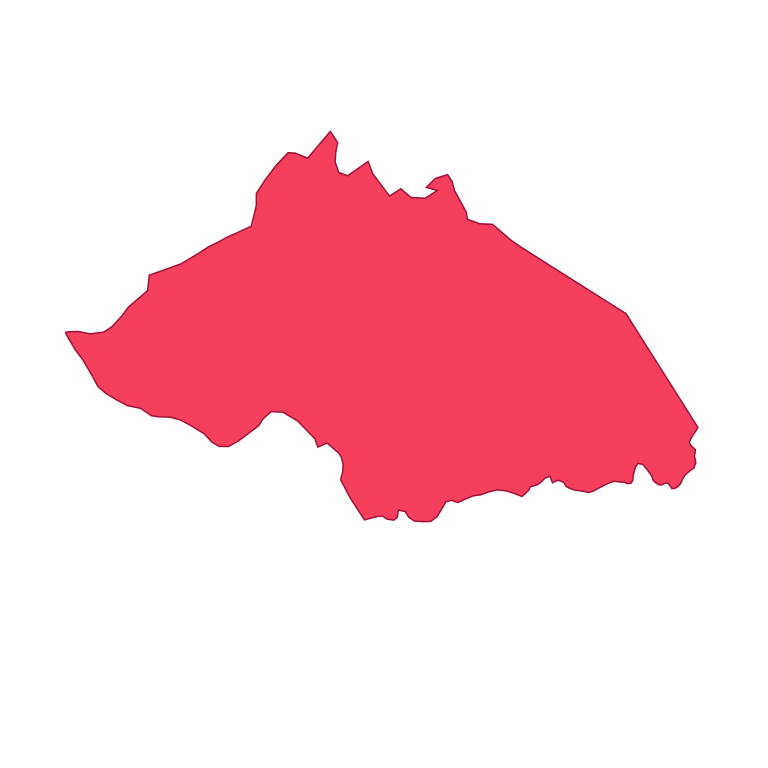 Kampar, Perak, Malaysia, rotated 57°
{"feature_id": "92858781B88195291987558", "entity_name": "Kampar", "entity_type": "district", "adm_level": 2, "iso_a3": "MYS", "parent_name": "Malaysia", "parent_adm1": "Perak", "projection": "robinson", "projection_center": [101.24, 4.393], "detail": "fine", "context": "isolated", "style": "filled", "palette": "rose", "viewbox_px": 768, "rotation_deg": 57, "n_neighbors": 0, "source": "geoboundaries", "source_scale": "gbopen_adm2", "svg_char_len": 2186}
<svg xmlns="http://www.w3.org/2000/svg" viewBox="0 0 768 768"><g transform="rotate(57 384 384)"><path d="M591.5,144.4L456.9,142.7L344.0,194.5L332.2,199.3L309.2,206.0L301.6,216.6L291.4,224.3L284.6,221.4L271.9,220.4L260.0,219.5L251.5,216.6L243.0,216.6L239.6,229.1L242.2,241.5L250.7,233.9L250.7,248.2L242.2,259.8L229.4,263.6L229.4,277.0L201.4,278.9L188.7,276.1L189.5,301.0L181.9,306.8L170.9,303.9L163.2,298.1L156.4,291.4L142.9,291.4L153.0,325.0L142.0,332.7L137.8,338.4L142.0,355.7L147.9,372.0L154.7,387.3L164.9,394.0L179.4,409.4L177.7,420.9L175.1,438.2L175.1,442.0L173.4,456.4L173.4,469.8L172.6,489.0L164.9,521.6L176.8,531.2L178.5,542.8L180.2,556.2L184.4,567.7L187.8,581.1L187.8,590.7L181.9,603.2L173.4,611.8L167.4,622.0L167.9,623.4L187.0,624.3L199.7,623.4L218.4,624.3L230.3,625.3L240.5,622.4L252.3,616.6L262.5,610.9L271.9,601.3L283.8,596.5L288.9,590.7L295.6,581.1L303.3,574.4L313.5,568.7L327.9,561.9L338.9,560.0L346.6,556.2L351.7,548.5L352.5,537.0L350.8,512.1L347.4,504.4L345.7,493.8L352.5,484.2L367.8,476.6L392.4,471.8L400.9,473.8L402.5,463.9L417.2,459.6L422.1,459.6L429.1,462.1L435.1,466.4L440.5,472.5L461.2,474.4L487.3,474.4L491.6,461.5L493.8,457.2L498.7,455.3L503.6,449.8L503.0,445.5L497.6,440.6L502.5,435.7L509.5,435.7L515.5,433.2L520.9,425.9L524.7,419.7L524.2,411.7L520.9,405.0L516.6,396.4L518.2,390.9L523.7,386.6L524.7,379.2L526.4,370.0L529.6,363.2L531.8,354.0L534.5,346.7L540.0,339.9L545.9,335.0L553.5,329.5L552.0,320.5L549.9,317.3L552.0,310.2L552.0,306.7L550.6,300.0L552.0,294.9L554.8,295.7L558.6,296.5L559.3,291.0L561.1,289.0L564.9,286.7L569.1,287.1L573.2,284.7L577.0,281.6L579.8,278.4L583.3,274.5L586.4,271.7L587.8,267.0L588.2,261.5L588.9,254.4L589.6,248.6L591.0,243.8L595.1,239.1L597.2,236.0L600.3,234.0L601.7,230.9L600.3,227.7L596.5,225.0L593.4,221.4L590.6,218.3L588.9,214.4L592.3,210.8L597.6,210.1L602.8,209.7L608.0,209.7L611.8,210.8L614.2,210.1L618.1,208.5L619.8,206.1L620.5,201.0L622.9,199.8L628.5,199.4L629.9,197.1L630.2,193.2L628.9,189.2L626.4,185.7L624.3,181.0L623.3,173.9L623.3,170.0L619.8,165.3L613.6,162.9L611.1,160.5L608.7,158.6L602.4,160.2L599.3,159.8L596.9,156.2L595.1,152.7L593.4,148.4L591.5,144.4Z" fill="#f43f5e" stroke="#9f1239" stroke-width="1.5"/></g></svg>